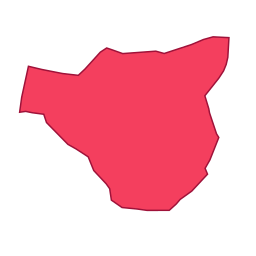 the district of Galshir, Hentiy, Mongolia, rotated 356°
{"feature_id": "93677404B72547167231090", "entity_name": "Galshir", "entity_type": "district", "adm_level": 2, "iso_a3": "MNG", "parent_name": "Mongolia", "parent_adm1": "Hentiy", "projection": "robinson", "projection_center": [110.788, 46.508], "detail": "fine", "context": "isolated", "style": "filled", "palette": "rose", "viewbox_px": 256, "rotation_deg": 356, "n_neighbors": 0, "source": "geoboundaries", "source_scale": "gbopen_adm2", "svg_char_len": 723}
<svg xmlns="http://www.w3.org/2000/svg" viewBox="0 0 256 256"><g transform="rotate(356 128 128)"><path d="M163.4,213.0L170.9,207.1L175.0,202.9L187.3,195.3L204.1,179.6L202.1,173.6L207.5,165.5L217.9,143.8L215.9,140.0L210.4,118.7L209.9,114.3L206.9,101.2L222.0,84.7L227.3,77.7L230.4,71.4L232.5,64.5L235.0,44.9L219.2,43.0L209.4,45.0L197.1,49.2L169.3,56.2L161.1,53.3L127.9,53.4L117.1,48.7L112.3,46.7L105.7,50.4L89.2,66.2L82.1,72.0L66.5,69.1L46.1,63.6L33.0,59.5L24.1,89.9L21.0,104.7L27.1,104.3L33.6,106.1L44.9,108.4L45.2,109.5L47.1,116.9L67.0,140.2L74.5,145.1L86.3,154.0L90.9,168.1L102.4,182.2L105.5,187.3L106.4,198.8L116.5,206.9L131.3,209.4L141.2,211.5L163.4,213.0Z" fill="#f43f5e" stroke="#9f1239" stroke-width="1.5"/></g></svg>